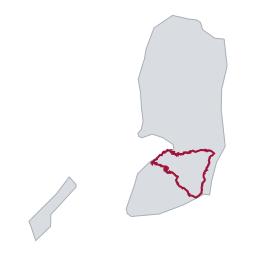 Bethlehem, West Bank, Palestine (highlighted)
{"feature_id": "87354302B24436251599031", "entity_name": "Bethlehem", "entity_type": "district", "adm_level": 2, "iso_a3": "PSE", "parent_name": "Palestine", "parent_adm1": "West Bank", "projection": "mercator", "projection_center": [35.239, 31.604], "detail": "fine", "context": "in_parent", "style": "outline", "palette": "rose", "viewbox_px": 256, "rotation_deg": 0, "n_neighbors": 0, "source": "geoboundaries", "source_scale": "gbopen_adm2", "svg_char_len": 6249}
<svg xmlns="http://www.w3.org/2000/svg" viewBox="0 0 256 256"><path d="M224.1,39.1L227.1,66.0L221.7,89.0L221.2,109.1L225.2,146.4L216.6,162.2L211.7,180.8L209.6,194.9L203.5,194.3L184.5,204.4L159.2,214.0L131.3,216.5L127.3,213.7L126.2,208.8L134.4,185.2L137.5,174.0L149.6,162.0L166.7,151.6L174.0,149.0L173.1,144.5L162.9,137.7L152.3,134.1L142.1,137.7L139.0,136.6L137.9,133.5L141.4,129.2L143.1,121.3L141.5,108.0L140.4,91.7L138.2,79.1L144.5,58.7L146.1,48.9L154.0,28.0L172.5,15.4L188.4,19.0L196.8,20.0L200.4,22.4L202.7,29.7L214.5,38.1L224.1,39.1ZM69.2,177.0L75.9,184.3L76.1,187.0L50.8,214.6L50.6,226.4L35.7,240.6L31.0,226.5L28.9,221.3L56.2,194.1L69.2,177.0Z" fill="#d9dde1" stroke="#a8b0b8" stroke-width="1"/><path d="M180.5,154.5L180.1,154.0L179.9,154.0L179.3,154.1L178.7,153.3L178.5,153.5L178.3,153.5L178.2,153.4L177.9,153.4L177.9,153.7L177.7,153.6L177.5,153.9L177.2,153.9L177.1,154.0L177.2,154.3L177.0,154.2L177.5,154.4L177.7,154.7L177.4,154.5L177.4,154.8L177.1,154.5L177.2,154.8L177.0,154.6L176.8,154.8L176.5,154.7L176.6,155.2L176.5,155.3L176.4,155.1L175.7,154.8L175.0,154.3L175.1,153.9L174.8,153.8L174.6,153.4L174.3,153.5L174.2,153.4L173.8,153.4L173.7,153.9L173.4,154.0L173.0,153.9L172.8,153.5L172.4,153.6L172.4,153.3L172.1,153.3L172.1,153.2L173.3,152.8L173.8,152.0L172.5,151.9L172.3,152.0L172.0,152.5L171.8,152.4L171.9,152.0L171.7,152.1L171.7,152.3L171.4,152.3L171.2,152.3L171.0,151.9L170.6,151.8L170.4,151.5L170.4,151.3L170.1,150.9L170.1,150.5L170.2,150.4L170.5,150.4L170.6,150.2L170.2,150.2L169.8,150.4L168.8,150.5L168.2,150.4L167.7,149.9L167.4,149.9L166.7,151.1L166.2,151.4L165.3,152.1L165.2,151.8L164.9,152.0L165.0,152.1L165.0,152.4L164.8,152.6L164.5,152.6L164.5,152.4L164.3,152.1L164.3,151.8L164.1,151.6L163.7,151.8L163.0,152.3L162.1,153.9L162.0,154.8L161.7,155.1L161.2,155.2L160.2,154.9L159.9,155.0L159.0,156.0L158.0,157.3L156.9,158.2L156.8,158.6L156.9,159.1L154.5,160.2L153.4,161.2L151.6,162.4L151.6,162.6L151.9,162.9L151.6,163.5L152.1,163.7L152.4,163.5L152.6,163.1L152.5,162.9L152.9,162.9L152.9,163.2L153.1,162.9L153.2,162.6L153.5,162.7L154.0,162.5L154.3,162.5L154.5,162.8L154.8,162.8L154.9,163.1L154.6,163.1L155.0,163.7L155.3,163.2L155.8,163.2L156.0,163.1L156.0,162.9L156.5,162.9L156.6,163.1L156.5,163.7L156.6,163.8L157.0,164.1L156.9,164.4L157.5,164.4L158.4,164.8L159.4,164.9L160.0,165.3L160.0,165.1L160.7,165.0L160.8,165.3L160.8,165.6L160.9,165.9L161.0,165.9L161.2,165.7L161.5,165.8L161.5,166.2L161.8,166.2L162.0,166.1L162.4,166.4L163.1,166.3L163.6,166.4L164.6,166.5L164.6,166.8L164.8,166.8L164.8,166.5L165.1,166.4L166.7,166.7L166.9,167.0L166.6,167.1L167.1,167.7L167.5,167.9L167.9,167.9L167.9,168.6L167.5,168.6L167.2,168.8L166.6,168.7L166.7,169.3L166.1,169.0L165.7,169.1L165.7,168.7L165.4,169.1L165.2,168.8L164.7,168.7L164.3,168.9L164.3,169.4L164.4,169.8L164.6,170.0L164.7,170.3L165.0,170.2L165.1,170.5L165.3,170.6L165.2,170.7L165.7,170.8L166.0,171.0L166.3,171.0L166.2,171.3L166.4,171.5L166.5,172.1L166.9,172.4L167.0,172.5L167.5,172.9L168.0,172.9L167.9,172.6L168.0,172.4L167.8,172.2L168.5,172.1L169.0,172.2L168.9,172.3L168.8,172.5L169.0,172.6L169.5,172.7L169.4,172.5L169.6,172.4L169.8,172.4L170.0,172.6L170.1,172.8L170.3,172.7L170.2,172.0L170.8,172.5L171.3,172.4L171.5,172.2L172.3,172.7L172.5,172.6L172.7,172.9L173.3,173.2L174.0,174.0L174.8,174.5L174.8,174.8L175.4,175.2L176.0,176.0L176.8,176.1L177.8,176.6L177.6,177.2L176.6,178.8L176.3,179.7L176.0,180.2L176.3,180.8L176.5,181.0L176.4,181.5L176.5,181.7L176.6,181.8L176.7,182.0L177.1,182.2L177.2,182.4L177.4,182.6L177.6,183.0L177.8,183.0L178.0,183.5L177.4,183.6L177.6,184.2L178.2,184.9L179.3,186.0L179.6,186.4L180.0,186.4L180.4,186.6L180.6,186.6L180.9,186.7L181.0,186.9L181.4,187.1L181.4,187.3L182.1,187.8L182.5,188.3L182.7,188.1L183.2,188.1L183.4,187.9L183.9,188.0L184.5,188.5L185.4,189.5L186.7,190.4L187.2,191.1L187.5,191.2L187.6,191.6L187.7,192.0L188.0,192.1L188.0,192.4L188.3,193.0L188.3,193.4L188.3,193.7L188.6,193.6L188.7,193.8L189.1,194.0L188.8,194.3L188.8,194.5L188.9,195.0L189.0,195.1L189.2,195.5L189.6,195.6L189.8,195.8L190.6,195.4L191.2,195.5L192.2,195.8L192.7,195.9L194.1,196.7L195.4,197.3L195.9,197.6L197.6,196.5L199.4,195.1L200.5,193.8L201.6,193.0L201.4,192.0L202.1,189.5L201.6,188.8L201.8,188.5L201.7,187.8L201.7,186.7L201.9,186.3L202.3,186.0L202.3,185.6L202.1,185.5L202.0,185.1L202.2,184.9L202.0,184.7L202.1,184.3L202.4,183.9L202.4,183.5L202.5,183.4L202.3,183.2L202.4,182.8L203.0,182.5L203.4,182.0L203.8,181.8L204.1,181.4L204.2,181.1L204.7,180.5L204.9,179.8L204.7,179.3L204.6,178.9L204.5,178.5L204.0,177.9L203.6,177.1L203.6,174.9L203.7,173.9L204.0,173.6L204.6,173.4L204.3,172.9L204.2,172.6L204.5,171.9L204.9,171.6L205.0,171.0L205.4,170.6L205.8,170.6L206.1,170.7L206.5,170.1L206.8,170.0L206.6,169.8L206.6,169.4L206.3,169.0L206.5,168.7L206.4,168.1L206.5,167.9L206.8,167.7L207.0,167.4L207.4,167.3L207.5,167.0L207.5,166.5L207.8,166.1L207.9,165.7L208.2,165.4L208.2,165.2L208.6,164.9L208.5,164.7L208.5,164.4L208.5,164.2L208.8,163.9L208.9,163.4L209.3,163.1L209.4,162.0L209.2,161.3L208.9,161.0L208.8,160.4L209.0,160.0L209.3,158.9L209.5,158.6L209.6,158.4L209.6,157.8L209.8,157.8L209.8,157.1L211.1,155.8L212.3,155.5L212.8,154.9L214.1,153.4L211.8,151.4L211.2,151.2L210.9,150.9L210.5,150.7L210.2,150.8L209.7,150.5L208.9,150.3L208.7,150.7L207.9,150.7L207.7,150.9L207.6,151.1L206.9,151.3L206.8,151.1L206.8,150.7L206.6,150.6L206.3,150.9L206.1,150.8L206.1,150.7L206.2,150.4L206.2,150.2L205.8,150.4L205.4,149.9L205.1,150.0L205.1,150.3L204.8,150.4L204.7,150.5L204.4,150.4L204.0,149.9L203.5,150.1L202.9,150.1L202.4,150.2L201.5,149.9L201.1,150.1L200.6,150.0L199.3,150.6L197.5,151.1L196.8,151.5L196.5,151.4L196.2,151.7L195.6,151.9L195.2,151.9L194.5,151.6L194.3,151.5L194.1,151.1L193.8,150.9L192.6,150.7L191.7,151.3L191.1,151.4L190.3,151.1L190.2,151.2L190.2,151.4L190.4,152.0L190.4,152.4L190.0,152.4L190.6,152.9L190.2,152.8L189.7,152.8L189.8,152.6L189.7,152.5L189.7,152.3L189.6,151.9L189.5,152.0L189.4,152.0L189.2,152.1L189.2,152.3L188.4,153.1L188.0,153.0L187.7,153.0L187.5,152.8L187.3,152.9L187.2,152.7L186.2,152.5L186.1,152.4L185.9,152.6L185.3,152.6L184.6,152.4L184.6,152.6L184.4,152.5L183.7,152.7L183.6,152.8L183.7,153.0L183.7,153.5L183.3,153.8L183.2,154.1L182.8,154.1L182.3,153.6L182.4,153.9L181.8,154.0L181.8,154.3L181.2,154.5L180.5,154.5Z" fill="none" stroke="#9f1239" stroke-width="2"/></svg>